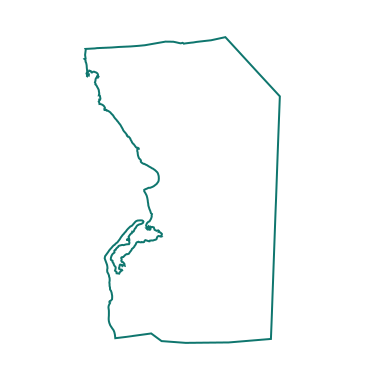 Safata, Tuamasaga, Samoa (Albers equal-area conic projection), rotated 82°
{"feature_id": "51752279B93742903917224", "entity_name": "Safata", "entity_type": "district", "adm_level": 2, "iso_a3": "WSM", "parent_name": "Samoa", "parent_adm1": "Tuamasaga", "projection": "albers", "projection_center": [-171.851, -13.971], "detail": "fine", "context": "isolated", "style": "outline", "palette": "teal", "viewbox_px": 384, "rotation_deg": 82, "n_neighbors": 0, "source": "geoboundaries", "source_scale": "gbopen_adm2", "svg_char_len": 5247}
<svg xmlns="http://www.w3.org/2000/svg" viewBox="0 0 384 384"><g transform="rotate(82 192 192)"><path d="M43.3,137.4L44.4,152.0L44.2,158.7L44.0,166.6L44.1,169.8L44.0,172.4L43.9,178.6L44.0,179.4L43.4,180.0L43.0,180.5L43.2,182.4L42.8,183.7L41.6,186.8L40.6,189.6L39.6,196.0L39.4,197.3L40.1,218.2L39.8,225.0L39.3,232.6L38.2,244.2L37.7,251.7L36.3,266.0L36.3,268.2L35.5,277.6L36.2,277.4L41.4,278.8L45.0,278.8L45.3,280.0L46.4,279.2L47.4,279.1L48.2,279.3L48.7,279.0L50.0,278.8L51.8,278.7L54.4,278.9L58.2,279.0L60.1,280.0L61.2,279.6L62.6,279.9L62.9,279.6L61.8,278.6L62.2,278.0L61.1,277.7L60.6,279.0L59.8,279.0L58.4,278.0L57.9,277.0L57.5,276.8L58.3,275.3L59.5,275.0L59.8,274.5L59.2,273.3L59.2,272.3L60.5,270.0L61.4,269.2L62.4,268.8L63.6,268.8L63.8,269.2L64.8,268.5L65.4,269.1L64.5,269.4L64.5,270.1L65.1,270.3L66.2,271.4L67.0,271.8L68.6,272.2L70.0,272.9L71.2,272.4L72.0,272.7L73.3,271.7L73.9,271.6L76.7,270.5L78.3,270.1L79.1,270.2L81.3,270.1L83.3,270.8L83.3,270.1L84.0,269.8L86.8,269.7L87.7,270.1L87.6,271.0L88.7,271.1L89.5,271.8L90.5,271.4L92.0,271.4L92.0,270.9L92.7,269.3L93.6,268.1L94.7,267.2L96.4,266.5L97.6,266.9L97.7,267.3L98.6,267.2L98.8,266.5L98.4,266.2L98.8,265.3L99.7,264.9L99.7,264.3L100.4,263.3L101.9,261.7L102.7,261.3L105.4,259.3L106.2,259.1L108.3,258.0L110.3,256.6L110.9,256.4L111.8,255.7L113.9,254.6L115.3,253.7L120.1,251.8L121.0,251.6L122.3,251.0L124.2,249.7L126.4,248.5L126.7,248.7L127.4,248.5L127.7,248.0L128.3,247.8L128.4,247.0L130.4,245.7L131.4,245.6L133.8,244.6L134.5,244.5L136.0,243.6L136.6,243.0L139.8,241.3L140.5,240.6L140.6,239.6L141.4,238.7L141.8,238.7L141.8,239.4L142.3,240.2L142.8,240.4L144.3,240.5L145.1,240.3L146.1,240.4L148.3,240.4L150.9,239.9L151.5,239.6L152.8,238.5L154.0,238.2L154.7,238.5L155.3,238.3L156.5,237.2L157.4,236.0L157.5,235.2L158.4,234.2L158.9,233.2L160.7,231.1L162.2,229.1L162.8,228.5L163.4,227.5L165.3,225.5L167.2,224.0L167.9,223.5L169.2,223.1L171.3,222.8L172.1,222.8L174.2,223.0L175.9,223.4L177.0,223.9L179.1,225.9L180.9,229.0L181.4,230.4L182.0,232.8L181.8,234.5L182.3,235.9L182.8,237.9L183.2,239.0L184.6,239.2L186.9,238.2L189.3,237.4L191.7,237.1L194.5,237.0L195.7,237.1L197.3,237.0L199.4,237.1L203.0,236.5L204.8,236.0L207.3,235.6L208.1,234.9L208.3,234.7L209.8,235.3L210.8,235.3L212.8,236.3L215.2,238.2L215.4,239.3L216.6,240.9L217.4,241.4L218.7,242.1L219.5,242.0L220.6,241.5L221.8,241.2L221.7,242.1L222.7,241.5L223.1,241.0L223.0,240.0L223.5,239.2L223.4,238.6L222.9,238.3L222.0,238.4L220.4,240.0L219.9,239.7L220.9,238.7L220.6,238.2L221.6,237.7L221.0,236.9L221.0,236.4L221.7,234.8L222.1,234.7L224.2,234.3L225.5,232.5L225.3,230.8L225.9,230.2L226.8,230.5L226.7,229.9L227.9,229.0L228.0,228.7L229.2,227.7L230.2,227.8L231.2,228.9L231.8,228.4L231.9,228.9L230.9,231.1L231.3,232.3L232.4,233.1L233.6,233.6L234.2,234.6L234.2,235.5L234.6,237.5L234.3,239.0L234.3,240.5L234.9,240.9L234.8,241.5L234.3,242.5L233.2,244.8L233.5,245.5L234.8,246.4L235.0,247.5L234.5,248.8L234.8,249.5L234.3,250.9L234.3,251.5L233.8,252.0L234.2,253.7L234.6,254.2L236.2,255.1L237.5,256.4L238.1,256.7L239.4,258.3L240.0,259.4L241.3,260.2L243.1,262.1L244.3,263.1L244.6,264.4L244.4,265.5L245.1,266.9L246.8,269.1L246.8,270.6L247.1,271.1L247.7,271.3L248.6,271.0L249.7,271.2L250.3,271.6L251.5,271.1L251.9,270.1L253.6,269.0L255.6,268.9L254.9,270.5L255.5,271.3L254.5,271.6L253.9,273.2L254.3,273.7L256.4,274.4L257.1,274.9L258.2,274.7L258.7,273.8L259.2,272.3L259.9,272.1L260.1,272.9L260.8,273.7L261.5,274.8L262.7,275.4L262.0,278.0L260.7,277.9L259.2,279.2L257.5,278.4L256.2,278.1L255.5,278.2L254.5,278.9L253.1,279.5L251.7,279.6L251.1,280.1L249.9,280.5L249.3,280.2L248.7,280.6L247.9,281.7L247.2,281.8L245.5,281.3L243.7,280.4L242.3,279.2L241.1,277.2L239.4,277.1L238.7,276.3L238.6,275.6L237.7,275.1L236.4,273.4L236.2,272.9L235.3,272.2L235.0,271.3L234.7,268.5L235.1,267.1L234.8,265.3L234.7,263.8L234.9,261.7L234.4,261.3L233.4,261.0L231.4,261.2L231.0,260.7L229.8,260.7L229.6,260.9L230.8,261.7L230.5,263.0L230.0,263.0L229.1,260.8L227.5,261.0L225.7,259.4L224.6,258.1L224.5,257.4L222.9,256.7L223.2,255.7L222.7,255.1L221.8,254.6L220.3,253.6L219.7,252.7L218.5,251.9L217.5,250.8L216.8,248.9L216.6,247.0L216.2,245.7L215.6,244.7L214.6,244.2L213.9,244.5L213.2,245.4L212.9,247.0L212.7,249.8L213.1,251.4L213.9,252.6L217.0,256.1L217.6,257.9L219.5,260.5L220.7,261.9L222.1,263.2L222.8,264.2L224.1,265.5L224.7,266.4L227.1,268.8L228.5,269.9L231.5,272.9L232.4,274.6L233.7,276.2L233.9,276.9L234.8,278.1L236.2,279.6L236.7,280.3L238.2,282.0L239.8,283.4L243.5,287.0L245.5,287.7L247.1,287.4L252.2,286.3L253.7,286.2L255.8,286.3L256.6,286.7L258.6,287.0L259.9,286.9L260.9,286.4L263.2,285.8L264.2,285.9L265.6,285.6L268.0,285.8L270.5,286.5L271.2,286.4L273.8,286.7L274.9,286.5L277.2,286.7L278.6,286.0L280.7,285.6L281.8,285.6L283.7,285.5L285.7,285.8L287.1,286.1L288.4,287.6L288.6,288.6L289.0,289.0L290.0,289.1L290.5,288.6L292.3,289.9L293.5,290.5L294.8,290.8L297.6,290.8L299.3,291.0L302.7,291.5L305.1,292.0L306.4,292.2L308.2,292.3L310.2,292.1L312.7,291.5L315.7,290.1L318.0,288.9L320.0,288.4L322.4,288.2L326.1,288.3L326.3,278.6L326.4,252.1L335.4,242.9L340.5,219.4L346.1,176.5L348.5,134.3L333.0,131.5L323.5,129.8L305.3,126.6L292.4,124.3L282.2,122.5L237.1,114.5L223.6,112.1L210.4,109.7L168.6,102.3L147.9,98.6L109.5,91.7L83.1,110.0L43.3,137.4Z" fill="none" stroke="#0f766e" stroke-width="2"/></g></svg>